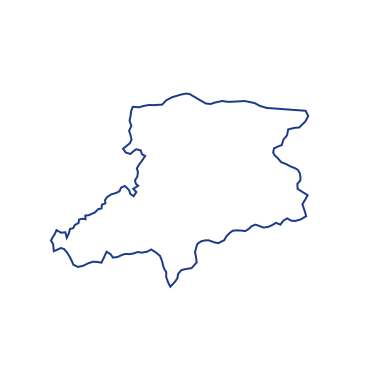 Senador Canedo, Goiás, Brazil (orthographic projection), rotated 42°
{"feature_id": "56859067B2348213586341", "entity_name": "Senador Canedo", "entity_type": "district", "adm_level": 2, "iso_a3": "BRA", "parent_name": "Brazil", "parent_adm1": "Goiás", "projection": "orthographic", "projection_center": [-49.113, -16.713], "detail": "fine", "context": "isolated", "style": "outline", "palette": "blue", "viewbox_px": 384, "rotation_deg": 42, "n_neighbors": 0, "source": "geoboundaries", "source_scale": "gbopen_adm2", "svg_char_len": 2461}
<svg xmlns="http://www.w3.org/2000/svg" viewBox="0 0 384 384"><g transform="rotate(42 192 192)"><path d="M135.1,320.0L139.1,320.5L143.7,321.7L147.8,323.3L152.6,325.4L157.4,324.0L160.5,319.6L162.6,314.3L165.2,309.9L168.4,307.4L172.0,305.1L170.3,299.3L168.5,293.6L173.0,292.7L177.2,293.6L180.1,290.2L181.9,286.1L183.7,282.8L187.2,279.9L189.6,276.9L191.7,273.1L195.3,270.6L198.6,266.4L200.2,262.0L205.7,261.1L211.1,260.9L216.4,263.6L220.1,266.3L223.3,267.9L226.4,268.7L229.6,272.4L235.0,275.3L239.3,276.9L239.4,269.7L238.8,265.7L236.4,262.0L236.4,257.1L239.0,253.3L242.6,248.9L242.6,241.2L238.3,237.5L234.5,234.7L232.7,231.2L230.7,227.1L231.7,222.8L233.9,219.4L236.8,216.7L242.4,214.4L245.8,212.4L248.2,206.2L247.2,201.8L247.4,197.0L248.2,193.5L250.6,190.9L254.5,187.6L257.7,185.5L258.8,181.9L259.2,177.4L261.0,173.8L264.8,172.2L268.9,170.6L271.7,167.3L273.4,163.8L275.1,158.7L279.5,157.1L279.1,152.4L280.3,148.0L285.1,146.8L288.2,144.3L291.2,139.5L293.0,133.6L289.6,131.4L282.2,127.2L281.1,121.2L280.0,117.0L275.5,117.8L268.4,119.0L264.8,115.4L264.8,111.1L262.7,108.4L259.5,105.9L255.7,104.7L252.6,105.4L248.1,107.1L242.8,108.4L238.3,110.2L233.6,109.5L229.1,109.4L225.9,108.4L223.8,104.8L225.5,100.5L227.3,97.1L224.9,91.9L224.7,86.3L221.6,81.1L225.3,75.7L228.5,72.3L229.0,63.7L227.6,57.8L222.1,55.6L191.2,79.6L184.8,82.6L179.1,84.0L170.3,89.1L160.1,99.4L157.5,101.6L153.6,104.1L149.3,110.0L146.9,114.2L143.0,117.0L139.2,117.8L135.1,118.7L131.4,119.4L127.8,120.2L124.5,120.8L121.3,123.3L118.4,127.3L116.5,130.5L113.7,135.0L111.5,141.1L111.3,147.2L108.6,149.8L105.4,153.1L101.7,156.2L98.4,160.6L95.9,164.5L91.0,168.3L92.7,172.7L95.5,176.6L97.7,180.6L102.9,183.7L104.2,188.5L108.9,191.3L112.0,193.5L113.2,197.3L112.4,202.3L111.8,206.0L116.4,207.0L120.8,204.9L121.1,201.6L121.9,197.6L126.0,195.4L129.5,197.4L133.1,196.6L133.9,202.2L134.4,207.0L135.2,211.4L138.3,213.2L141.1,217.1L141.8,221.4L144.5,223.4L147.8,223.4L146.2,228.9L150.7,229.3L151.4,234.2L147.3,234.7L144.5,232.9L141.4,232.5L138.0,232.5L136.4,236.3L137.6,239.9L136.2,243.6L133.6,247.8L132.3,252.6L132.8,256.2L135.2,258.4L133.5,261.7L135.8,264.7L133.7,267.7L133.6,272.0L130.8,278.3L128.5,280.9L131.1,283.5L128.3,285.3L126.5,288.1L128.4,290.9L127.0,295.1L127.9,298.3L126.1,301.1L128.2,305.3L129.6,309.8L124.8,306.7L122.0,309.8L116.8,311.0L118.1,314.7L118.8,319.1L119.6,322.4L123.9,323.8L126.3,326.1L128.9,328.4L130.5,325.0L132.0,321.4L135.1,320.0Z" fill="none" stroke="#1e3a8a" stroke-width="2"/></g></svg>